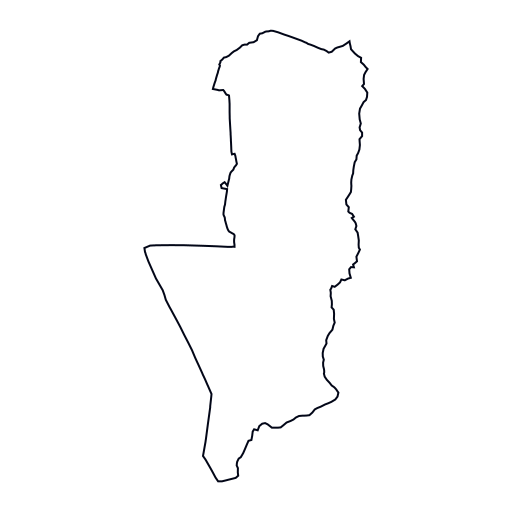 Keiyo North, Rift Valley, Kenya (Equal Earth projection)
{"feature_id": "3690345B12433983427802", "entity_name": "Keiyo North", "entity_type": "district", "adm_level": 2, "iso_a3": "KEN", "parent_name": "Kenya", "parent_adm1": "Rift Valley", "projection": "equal_earth", "projection_center": [35.542, 0.697], "detail": "fine", "context": "isolated", "style": "outline", "palette": "ink", "viewbox_px": 512, "rotation_deg": 0, "n_neighbors": 0, "source": "geoboundaries", "source_scale": "gbopen_adm2", "svg_char_len": 5000}
<svg xmlns="http://www.w3.org/2000/svg" viewBox="0 0 512 512"><path d="M349.5,41.3L346.3,43.6L342.8,45.9L339.8,46.8L337.3,47.5L335.1,48.5L331.7,51.8L328.7,52.6L326.5,51.0L323.8,49.6L321.3,49.1L318.0,47.8L315.1,46.5L314.3,46.1L312.7,45.5L310.9,44.8L309.7,44.4L308.2,44.0L306.4,42.8L305.2,42.4L301.6,40.7L291.7,37.1L288.3,35.9L284.3,34.6L278.1,32.3L273.2,30.9L270.8,30.7L269.1,31.2L268.1,31.4L266.9,31.4L265.3,31.7L263.8,32.5L262.2,33.3L259.8,33.7L258.9,34.9L258.0,36.2L256.9,40.2L253.6,42.2L249.2,42.8L247.1,44.6L244.5,44.6L242.2,45.3L239.9,47.6L236.7,50.0L234.0,51.3L231.8,53.0L228.9,55.7L226.2,57.1L223.9,57.6L222.3,59.5L220.4,61.1L220.4,62.3L219.9,63.4L219.3,64.5L219.9,65.5L219.7,66.7L219.3,67.6L218.9,68.7L218.6,69.8L218.2,70.9L217.9,72.4L217.6,73.4L217.1,74.8L216.7,76.2L216.2,77.9L215.8,79.4L215.6,80.4L215.1,81.7L214.6,83.1L214.2,84.4L213.9,85.4L213.6,86.3L213.2,87.7L212.9,89.0L217.6,89.9L218.9,90.3L219.7,90.3L223.2,90.0L224.0,90.9L224.9,92.3L225.6,93.5L226.5,94.7L227.7,94.9L229.0,95.5L229.1,96.7L229.2,97.9L229.3,99.1L229.4,100.3L229.5,102.2L229.6,104.0L229.6,105.8L229.6,107.7L229.6,109.0L229.6,110.1L229.6,112.0L229.7,116.6L229.7,118.2L229.9,121.7L230.3,128.5L230.6,133.1L230.6,134.4L230.7,135.8L230.9,139.6L230.9,140.8L231.0,142.0L231.2,146.5L231.4,151.7L232.0,154.4L233.1,154.1L234.6,153.8L235.1,155.1L235.4,156.1L235.7,157.9L236.0,159.3L236.3,161.1L236.9,163.8L236.0,165.3L234.9,166.5L234.1,167.6L233.7,168.7L233.3,169.7L231.5,171.5L230.6,172.6L230.1,174.0L229.6,175.6L229.4,176.6L229.2,178.5L227.4,185.8L226.7,184.8L225.6,183.4L224.6,182.2L222.6,183.5L221.8,184.3L220.9,185.0L221.1,186.0L221.6,188.1L227.1,189.1L226.9,191.6L226.3,195.2L226.1,196.4L225.9,197.7L225.6,199.8L225.4,201.0L225.0,204.6L224.3,206.9L223.5,213.0L223.5,214.7L224.3,216.6L224.7,217.3L224.9,218.7L225.0,220.2L225.4,221.4L225.8,223.0L226.4,225.0L226.8,226.6L227.4,228.4L227.9,229.6L228.5,230.7L229.2,231.6L230.5,232.3L231.4,232.8L232.2,233.3L233.0,233.7L233.7,234.1L234.3,234.8L234.6,235.7L234.5,236.7L234.4,237.8L234.2,238.8L234.1,240.0L234.1,242.0L234.3,243.5L234.5,244.8L234.5,246.8L233.5,246.7L232.7,246.7L231.6,246.9L228.4,246.9L220.5,246.5L216.4,246.3L211.3,246.1L203.2,245.8L196.7,245.6L183.5,245.2L176.3,245.2L171.8,245.1L167.2,245.2L163.7,245.2L155.6,245.3L154.7,245.4L153.8,245.4L150.1,245.6L144.4,248.0L145.0,251.9L145.5,253.2L145.8,254.5L146.2,255.5L148.4,261.4L155.9,278.4L162.7,290.2L164.4,294.9L165.8,299.8L169.5,307.0L170.8,309.3L172.9,313.2L176.8,320.4L180.3,327.0L184.2,334.9L188.4,343.0L191.5,349.2L192.0,350.2L195.1,357.6L196.8,361.3L198.8,365.6L202.3,373.3L202.9,374.8L203.6,376.2L205.0,379.2L207.6,385.2L208.1,386.2L208.5,387.2L211.5,394.0L211.3,396.3L210.2,406.2L210.2,407.3L207.9,424.0L205.9,439.2L205.7,440.4L205.5,441.9L203.0,456.0L205.4,459.4L206.4,461.1L206.9,462.0L208.8,465.3L210.8,468.8L213.0,472.8L215.5,477.5L218.1,481.3L222.1,481.3L225.8,480.4L228.1,479.8L231.7,478.9L235.7,477.9L238.2,475.7L237.8,472.4L237.9,468.1L236.7,465.5L236.9,463.2L237.2,461.7L238.7,458.6L240.8,457.2L243.2,453.1L244.9,449.2L247.0,444.2L248.5,440.8L251.4,440.0L252.2,435.8L252.7,431.6L254.1,429.3L257.7,430.3L259.3,426.1L262.2,423.7L265.1,423.1L267.6,424.3L269.9,426.1L271.9,427.7L274.5,427.7L277.7,427.7L280.7,427.4L283.3,425.3L286.6,422.5L290.5,421.0L293.5,419.5L295.9,417.5L299.0,416.0L302.2,415.7L306.0,415.6L309.4,415.2L312.3,412.6L314.8,409.4L317.4,408.0L320.7,406.7L325.2,404.4L327.9,403.4L331.3,401.9L335.3,399.5L337.5,396.6L338.4,392.6L337.4,391.2L336.2,389.4L334.7,387.7L333.9,387.0L331.7,385.5L329.7,382.9L326.8,379.8L324.7,376.7L323.9,373.6L324.2,372.5L324.2,370.9L324.0,369.2L323.6,367.6L323.2,366.0L323.1,362.6L323.8,359.7L322.8,356.5L322.7,353.0L323.6,348.7L325.2,345.9L326.5,343.5L326.2,340.2L327.8,335.9L329.5,333.1L332.4,329.7L333.4,325.6L334.7,322.6L333.9,318.9L334.1,313.9L333.7,309.7L331.6,307.4L331.9,304.4L331.8,300.9L330.6,296.2L330.8,293.1L330.7,292.0L330.3,289.8L331.1,288.6L332.1,286.0L334.7,286.8L337.6,284.6L340.0,282.4L341.4,279.5L344.8,280.3L348.0,278.6L350.8,277.8L349.5,273.4L349.2,269.3L351.0,267.1L353.9,267.3L353.1,264.5L354.7,263.3L357.0,261.3L356.4,256.7L358.4,252.8L359.9,249.6L358.8,247.7L358.6,244.6L358.8,240.5L358.2,236.2L357.6,232.6L355.3,229.3L356.4,226.0L355.7,223.3L355.0,222.0L353.9,220.6L352.8,219.3L351.8,218.0L353.9,216.7L352.1,213.9L350.0,213.0L349.0,212.3L348.3,211.5L348.8,207.2L346.4,204.5L345.9,199.8L347.7,197.1L349.7,194.0L350.9,192.0L351.2,189.1L351.4,185.9L351.3,184.7L351.2,182.6L351.4,179.5L352.3,175.5L353.1,173.5L353.3,170.2L353.8,166.7L354.7,162.2L356.4,159.4L356.7,155.6L358.1,153.1L359.4,149.5L359.9,145.0L359.6,141.0L359.5,139.2L362.1,136.1L362.1,132.6L360.1,130.2L359.6,127.4L360.8,123.5L359.7,119.4L359.2,113.6L360.0,108.6L361.8,105.5L363.6,102.1L366.0,100.0L367.0,96.9L367.3,92.6L364.9,88.9L362.2,86.1L364.0,84.0L363.6,78.9L364.1,74.9L365.5,72.2L367.6,69.0L365.7,67.1L363.8,64.7L360.9,62.1L361.1,57.8L358.0,56.1L354.9,53.5L352.7,51.1L351.0,49.2L350.5,46.1L349.8,43.3L349.5,41.3Z" fill="none" stroke="#020617" stroke-width="2"/></svg>